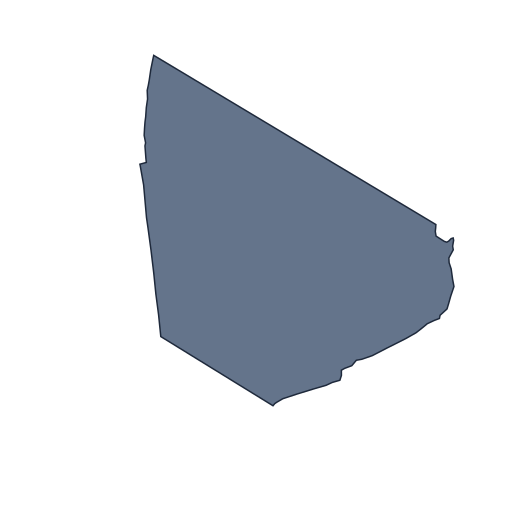 Tesker, Zinder, Niger (Robinson projection), rotated 301°
{"feature_id": "23599985B16015640173227", "entity_name": "Tesker", "entity_type": "district", "adm_level": 2, "iso_a3": "NER", "parent_name": "Niger", "parent_adm1": "Zinder", "projection": "robinson", "projection_center": [11.083, 15.833], "detail": "fine", "context": "isolated", "style": "filled", "palette": "slate", "viewbox_px": 512, "rotation_deg": 301, "n_neighbors": 0, "source": "geoboundaries", "source_scale": "gbopen_adm2", "svg_char_len": 1035}
<svg xmlns="http://www.w3.org/2000/svg" viewBox="0 0 512 512"><g transform="rotate(301 256 256)"><path d="M274.9,109.2L273.7,110.3L259.0,123.1L232.6,142.3L224.4,149.0L206.8,163.1L188.5,177.3L171.9,189.7L155.4,202.8L137.9,215.9L136.4,347.7L139.1,348.1L141.3,349.1L147.5,352.5L158.4,361.9L171.8,373.9L181.3,382.7L186.9,386.5L192.7,391.9L197.7,390.7L202.1,388.0L205.4,389.9L211.3,394.6L218.3,395.7L222.0,399.9L230.5,407.0L244.0,415.3L262.5,427.0L272.8,432.8L281.3,436.0L286.2,437.7L292.6,442.0L296.9,445.4L300.0,444.3L309.0,447.0L314.5,445.6L321.8,443.6L331.8,441.4L337.2,436.6L345.5,429.9L345.9,429.4L346.5,428.7L349.7,425.0L353.7,422.3L362.9,421.9L365.7,419.5L371.3,417.3L373.0,415.7L371.4,414.3L368.0,413.5L366.1,412.4L365.5,409.8L365.8,400.1L369.3,397.1L372.5,395.6L375.6,394.0L375.3,65.0L371.2,66.4L361.6,69.8L351.8,73.9L346.8,75.8L342.0,77.4L334.7,82.2L326.8,85.5L318.6,89.7L313.8,91.8L308.4,94.5L301.8,98.0L296.1,103.1L293.2,104.1L283.3,111.1L279.7,113.8L274.9,109.2Z" fill="#64748b" stroke="#1e293b" stroke-width="1.5"/></g></svg>